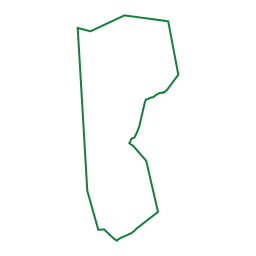 SVG path tracing the border of Saint James
{"feature_id": "BRB-1992", "entity_name": "Saint James", "entity_type": "Parish", "adm_level": 1, "iso_a3": "BRB", "parent_name": "Barbados", "parent_adm1": "", "projection": "mercator", "projection_center": [-59.619, 13.191], "detail": "fine", "context": "isolated", "style": "outline", "palette": "green", "viewbox_px": 256, "rotation_deg": 0, "n_neighbors": 0, "source": "natural_earth", "source_scale": "10m", "svg_char_len": 785}
<svg xmlns="http://www.w3.org/2000/svg" viewBox="0 0 256 256"><path d="M98.3,229.8L87.3,190.9L77.7,28.0L90.5,31.3L124.4,15.4L168.2,21.3L178.3,74.7L167.4,89.4L164.4,92.3L164.1,92.1L163.7,92.0L163.0,92.5L162.5,92.9L162.2,93.0L161.6,92.9L161.3,92.9L160.8,92.8L160.0,92.8L159.6,92.9L159.1,93.3L157.7,94.1L157.4,94.3L156.7,94.6L156.4,94.8L156.1,94.8L153.9,96.7L153.2,97.1L152.7,97.3L152.3,97.3L152.0,97.5L151.2,97.5L150.8,97.5L150.5,97.7L149.5,98.3L145.8,99.7L144.6,103.3L139.2,126.7L136.4,133.6L134.3,137.7L132.2,138.3L131.5,138.8L131.0,139.6L130.3,141.5L129.8,142.6L129.3,143.0L130.3,144.1L132.9,145.6L146.2,160.8L158.0,211.9L136.5,228.6L134.7,230.6L131.1,233.3L121.1,237.7L117.0,240.2L116.9,240.6L114.4,239.1L104.0,229.4L98.3,229.8Z" fill="none" stroke="#15803d" stroke-width="2"/></svg>